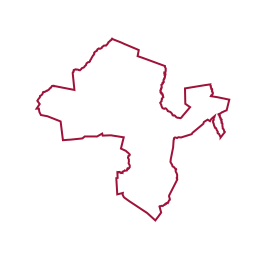 Laikipia West, Rift Valley, Kenya, rotated 15°
{"feature_id": "3690345B46461276162505", "entity_name": "Laikipia West", "entity_type": "district", "adm_level": 2, "iso_a3": "KEN", "parent_name": "Kenya", "parent_adm1": "Rift Valley", "projection": "robinson", "projection_center": [36.893, -0.075], "detail": "fine", "context": "isolated", "style": "outline", "palette": "rose", "viewbox_px": 256, "rotation_deg": 15, "n_neighbors": 0, "source": "geoboundaries", "source_scale": "gbopen_adm2", "svg_char_len": 5790}
<svg xmlns="http://www.w3.org/2000/svg" viewBox="0 0 256 256"><g transform="rotate(15 128 128)"><path d="M218.7,85.4L218.5,74.4L206.5,75.1L199.8,75.8L200.0,74.9L200.4,74.8L200.7,74.5L200.6,74.1L201.0,73.4L200.9,73.0L201.0,72.3L200.7,71.8L200.1,71.4L200.1,71.0L199.9,70.7L199.5,70.6L199.4,70.2L199.5,69.4L199.2,69.1L199.1,68.8L198.8,68.9L198.2,68.6L198.1,68.2L198.1,67.8L197.9,67.6L197.5,67.0L197.2,66.8L197.1,66.5L197.2,66.0L196.7,65.6L196.4,65.0L196.1,64.9L196.1,64.6L190.3,67.1L172.8,75.0L177.1,89.8L182.6,91.8L177.6,102.3L177.0,103.8L176.3,104.8L175.9,105.0L174.1,105.0L173.8,105.2L172.9,105.3L171.3,104.8L171.0,104.5L170.1,103.9L169.2,103.8L168.8,104.2L167.9,104.2L167.6,103.9L167.2,103.2L165.8,102.1L164.8,101.6L163.6,101.4L163.0,101.5L162.1,101.4L162.0,101.0L159.8,99.4L159.2,99.3L158.8,99.4L158.5,99.6L158.3,99.9L158.0,100.1L156.3,99.9L155.8,99.5L154.8,98.3L154.2,97.3L154.0,96.7L153.4,96.3L152.6,95.4L152.8,94.8L153.5,93.5L153.3,93.2L153.3,92.3L153.4,91.9L153.4,91.5L153.1,91.2L153.2,90.6L154.1,89.0L153.8,88.8L153.5,87.9L153.4,87.7L153.0,87.6L152.9,86.6L152.6,86.3L151.9,86.1L151.6,86.2L151.4,85.5L151.1,85.6L151.0,85.8L150.7,85.6L150.6,85.3L150.2,85.2L150.0,84.7L150.3,84.4L150.2,84.0L149.5,83.3L149.6,82.9L150.0,82.2L149.9,81.9L149.6,81.2L150.2,80.4L150.0,80.1L149.4,78.1L149.1,77.8L149.8,76.9L149.7,76.4L150.0,76.1L149.7,75.8L149.6,75.4L149.8,75.1L150.1,75.2L150.5,74.7L150.7,74.3L150.5,73.8L150.3,73.7L150.1,73.4L149.9,72.2L150.1,71.9L150.4,71.0L150.1,70.8L150.2,70.2L150.5,69.7L150.5,69.2L150.4,68.5L149.7,67.7L149.8,67.2L150.2,67.2L150.4,66.9L150.1,66.6L150.1,66.2L150.0,65.8L149.4,66.2L149.0,66.1L149.1,65.2L148.8,64.9L149.5,64.5L149.6,64.2L149.6,63.5L149.7,63.2L149.5,62.5L149.3,62.3L149.2,61.2L149.1,60.8L148.5,60.2L147.9,59.5L147.7,58.6L124.5,56.5L118.7,56.1L118.2,49.9L102.3,47.7L99.4,47.2L90.6,46.2L89.5,45.8L89.2,46.5L89.2,47.1L88.7,47.8L88.3,48.0L87.8,49.1L86.9,50.2L86.6,51.7L85.6,53.9L85.4,54.1L84.9,54.0L84.6,54.1L84.3,54.4L83.2,54.8L82.7,55.8L82.2,56.2L81.9,57.0L81.9,57.5L80.7,58.6L79.7,58.9L79.5,58.7L79.2,58.7L78.3,59.7L78.0,60.2L78.1,61.2L77.9,61.4L76.4,63.0L75.9,63.9L76.1,64.3L75.9,64.6L76.2,65.4L76.1,66.0L75.5,66.9L75.0,68.7L74.7,69.6L74.5,71.1L74.2,71.7L74.0,72.4L73.9,73.1L74.0,73.5L73.6,74.2L73.0,74.6L72.5,74.7L72.3,74.9L71.6,75.9L71.3,76.1L71.1,77.2L71.2,77.8L71.1,78.2L70.9,78.4L70.8,78.7L70.5,79.0L70.2,79.5L70.0,80.4L69.6,80.9L69.4,81.2L68.2,81.9L67.6,82.9L67.6,83.2L67.3,83.6L66.6,84.7L65.5,84.8L65.2,84.6L64.3,84.6L63.7,84.7L63.4,84.9L62.5,84.8L62.2,84.9L61.4,85.7L61.1,85.6L60.6,86.0L60.5,86.3L60.8,87.0L60.9,87.7L60.5,88.1L60.6,88.5L60.3,89.1L66.4,105.1L46.3,106.5L46.0,106.7L45.7,106.5L45.3,106.7L45.0,106.5L43.7,107.1L43.4,107.8L43.3,108.1L43.3,108.5L43.2,108.9L42.5,109.7L42.1,110.0L42.0,110.5L42.0,110.9L41.8,111.3L41.5,111.5L40.1,113.1L39.7,113.1L39.3,113.7L38.7,114.1L38.2,114.8L37.4,114.9L36.7,115.3L36.6,115.6L36.7,116.3L36.6,117.3L36.3,117.9L36.0,118.6L35.4,119.3L35.1,119.4L34.8,119.7L34.9,120.0L34.8,120.3L34.9,121.3L34.0,123.2L33.4,125.2L36.5,127.7L34.7,133.0L36.9,132.4L38.2,135.4L40.5,138.0L47.1,137.5L61.2,139.1L68.3,156.6L75.8,154.0L86.6,149.9L88.4,147.4L99.1,144.5L100.2,144.3L104.5,140.1L105.5,141.9L113.3,139.5L126.3,138.1L126.5,149.7L132.1,150.7L133.0,151.3L134.1,151.7L136.2,152.9L136.3,153.3L136.6,153.4L136.6,153.9L136.4,154.2L135.7,155.0L135.9,155.3L135.6,156.2L135.6,156.5L135.7,156.8L136.8,157.9L137.0,158.2L137.1,158.9L137.5,159.8L137.6,160.8L137.6,161.3L137.8,162.1L138.7,162.9L139.4,163.8L139.8,165.4L139.4,166.6L139.0,167.2L138.3,166.9L138.0,167.0L137.9,167.3L137.9,167.7L137.9,168.0L138.1,168.5L137.9,168.8L137.9,169.3L137.4,169.5L136.2,170.0L135.9,169.9L135.8,170.2L134.2,171.5L134.3,172.4L134.1,172.3L133.5,172.6L133.7,173.0L132.9,173.3L132.7,173.0L132.3,172.9L131.9,173.0L131.3,172.6L130.7,172.8L130.9,173.2L130.1,173.5L129.2,173.4L129.3,173.9L130.9,178.9L129.7,179.5L134.8,194.9L139.8,192.1L140.0,193.7L140.3,194.1L141.8,195.8L142.5,196.2L148.0,198.3L168.6,205.2L178.3,210.2L180.3,205.4L181.9,201.1L178.7,195.6L179.0,195.3L179.6,195.3L180.1,194.7L180.5,194.5L181.8,194.3L182.4,193.4L182.9,192.9L183.2,192.8L183.5,192.6L183.6,191.6L183.9,191.3L184.4,191.3L184.4,190.9L184.7,190.7L184.8,190.4L185.3,190.0L185.9,190.2L186.2,189.4L186.1,188.9L186.4,187.3L186.9,186.7L186.9,186.0L185.3,183.3L185.2,182.5L188.9,165.2L188.9,164.9L188.3,163.7L188.1,163.8L188.0,163.5L188.3,163.3L188.1,162.5L187.8,161.1L187.4,160.2L186.6,159.0L185.5,157.9L185.0,156.9L185.0,156.5L185.3,155.6L185.1,155.2L184.7,155.0L184.0,155.1L183.7,154.9L183.1,154.2L182.3,153.8L181.1,153.6L180.8,153.3L179.9,151.8L179.2,151.3L177.8,149.8L177.7,149.5L177.7,148.8L177.5,147.9L177.4,147.2L176.6,135.0L175.3,128.4L175.2,127.9L175.4,127.1L175.1,126.5L175.2,125.7L175.6,125.2L175.9,125.0L176.3,124.9L178.0,125.0L178.8,124.1L179.3,123.8L181.7,123.4L190.9,117.6L191.2,117.3L191.5,116.0L199.5,104.7L199.7,104.3L199.7,103.1L199.7,102.7L199.9,102.4L202.8,99.3L205.4,100.2L205.8,98.7L206.2,97.7L207.2,96.1L208.6,94.1L208.6,94.8L208.4,95.2L208.5,95.5L208.2,96.3L208.2,96.8L208.7,97.8L208.7,98.2L208.3,99.0L208.3,99.5L208.9,100.6L208.9,100.9L209.4,101.2L210.6,103.5L211.6,104.5L211.8,105.1L212.3,105.4L213.1,105.4L213.3,105.5L213.9,106.6L214.6,107.4L215.6,108.2L215.8,108.6L215.7,109.4L215.9,109.7L216.5,110.0L217.6,110.3L218.0,110.9L218.4,111.2L218.8,111.8L219.1,112.1L219.4,112.1L219.7,112.4L219.9,113.2L222.6,106.8L222.4,106.5L221.6,106.1L221.0,104.9L220.5,104.3L219.8,104.1L219.5,103.7L219.3,102.8L218.7,101.7L218.4,100.4L218.2,100.1L218.0,99.2L217.5,98.9L217.3,98.6L217.0,98.7L216.6,97.7L216.8,97.2L216.0,96.5L216.2,95.6L215.4,95.1L214.9,95.1L214.7,94.1L214.1,93.9L213.6,93.4L213.4,93.0L213.3,92.7L213.6,92.4L213.4,92.1L212.0,91.7L211.8,91.3L212.6,90.6L213.3,90.3L214.4,88.8L217.8,86.0L218.7,85.4Z" fill="none" stroke="#9f1239" stroke-width="2"/></g></svg>